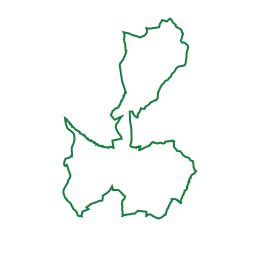 outline of Chapulco, Puebla, Mexico, rotated 345°
{"feature_id": "50627088B58837856031085", "entity_name": "Chapulco", "entity_type": "district", "adm_level": 2, "iso_a3": "MEX", "parent_name": "Mexico", "parent_adm1": "Puebla", "projection": "robinson", "projection_center": [-97.406, 18.647], "detail": "fine", "context": "isolated", "style": "outline", "palette": "green", "viewbox_px": 256, "rotation_deg": 345, "n_neighbors": 0, "source": "geoboundaries", "source_scale": "gbopen_adm2", "svg_char_len": 5907}
<svg xmlns="http://www.w3.org/2000/svg" viewBox="0 0 256 256"><g transform="rotate(345 128 128)"><path d="M196.9,33.1L193.1,35.2L189.0,32.6L185.5,35.9L184.3,38.6L179.8,38.3L178.5,38.0L174.8,37.7L171.6,36.3L171.6,38.8L170.7,41.1L168.7,42.5L167.5,43.0L163.2,43.7L160.7,41.9L156.0,39.2L154.2,37.4L148.5,34.3L148.7,36.9L148.1,39.3L147.0,41.4L146.8,45.1L147.2,45.6L145.7,52.6L146.4,53.0L146.1,53.9L145.2,55.5L144.3,56.4L143.2,58.1L142.5,58.5L142.2,59.2L140.9,60.5L140.5,61.3L139.4,61.6L138.3,63.0L137.4,63.3L136.3,64.9L134.4,81.2L135.1,93.1L134.3,92.7L133.5,94.7L132.6,95.5L132.2,95.5L132.0,96.9L131.4,97.1L131.3,97.4L130.1,98.9L129.6,99.8L128.8,99.7L128.5,99.9L128.3,101.0L127.3,101.6L126.7,102.9L126.0,103.7L124.9,104.2L124.8,104.6L123.9,105.7L120.3,106.1L119.4,107.0L117.4,107.6L116.6,109.2L115.5,110.0L115.2,110.4L114.9,111.4L115.1,111.8L117.1,116.4L118.7,116.6L120.0,116.1L123.2,115.6L123.5,115.3L124.7,115.2L123.7,115.9L119.5,120.1L117.7,121.2L116.3,124.3L116.4,125.5L117.2,130.0L117.7,131.2L118.3,132.0L118.5,133.2L119.1,134.5L119.0,135.6L118.6,136.1L118.9,136.6L109.7,136.1L108.9,142.2L109.2,143.4L108.8,143.4L106.0,141.4L103.9,142.1L103.1,141.3L99.7,140.2L99.4,139.4L98.3,139.3L98.4,138.7L96.9,138.4L96.5,138.2L96.2,137.7L95.6,137.4L95.1,137.5L95.0,136.8L94.6,136.2L93.3,136.0L93.9,135.5L92.8,134.5L92.3,134.3L92.2,134.2L92.6,133.8L92.5,133.6L92.0,133.5L91.5,133.8L91.3,133.6L91.2,133.2L91.6,133.2L91.7,132.9L90.6,132.3L90.0,131.7L89.6,131.2L89.6,130.6L89.3,130.4L88.8,131.0L88.5,131.0L86.7,128.8L86.0,128.5L86.5,127.7L85.1,126.7L84.7,125.1L84.1,124.9L84.2,124.3L84.0,123.5L83.5,123.7L83.1,123.6L82.6,122.6L82.0,122.2L81.2,121.2L80.3,121.0L80.1,120.1L80.3,119.3L80.0,118.7L79.1,118.3L78.5,117.3L76.9,116.0L76.4,114.5L75.3,113.4L74.9,112.3L74.2,112.2L74.4,111.2L73.7,110.1L73.9,109.6L72.8,109.1L72.7,108.7L73.0,107.9L72.8,107.2L71.8,106.3L71.4,105.4L71.3,104.2L69.7,102.2L69.1,107.8L69.2,110.9L69.3,112.0L69.9,113.3L73.2,117.7L73.7,118.5L74.1,119.8L74.0,122.1L73.3,125.2L72.2,127.7L69.2,131.5L68.5,132.9L67.9,134.6L67.4,138.1L66.3,141.1L65.3,140.6L65.0,141.0L63.3,141.5L60.1,141.4L58.9,142.3L58.3,143.2L56.9,146.3L57.1,146.6L56.9,147.6L57.4,148.5L59.4,147.8L60.1,159.4L58.7,161.2L56.4,163.3L55.8,165.1L51.9,168.7L50.8,170.0L49.6,171.5L48.9,173.3L48.9,175.9L49.1,176.6L49.1,179.1L50.2,180.5L50.1,181.3L50.2,181.7L50.8,182.0L51.0,182.9L53.5,186.7L53.3,187.8L54.4,192.2L56.0,194.5L56.7,196.1L56.8,199.4L58.0,200.5L58.8,200.6L60.4,201.4L60.4,200.3L61.8,198.5L61.7,197.8L62.2,197.0L68.9,196.2L67.4,193.8L71.1,192.5L72.4,191.8L78.7,191.4L81.1,190.9L84.4,191.4L85.4,189.5L86.0,186.9L89.0,185.9L89.5,186.0L93.3,184.2L96.7,181.3L97.3,180.3L97.6,180.1L97.6,181.5L97.3,183.7L98.0,183.7L98.4,184.5L100.3,184.7L102.8,185.6L104.4,188.0L105.2,189.6L107.5,193.6L105.7,196.0L104.5,196.2L104.1,196.4L103.8,196.9L103.7,197.3L103.3,197.6L103.1,198.8L102.5,199.3L102.2,202.7L101.7,203.6L101.4,204.6L101.2,206.9L100.5,209.5L100.6,210.1L100.2,210.7L100.3,211.1L100.0,211.5L100.8,211.5L102.1,211.1L103.1,211.5L104.2,211.3L108.1,211.9L108.3,211.7L109.5,212.0L111.0,212.0L112.2,212.5L112.5,212.5L114.0,211.5L116.0,210.7L116.7,210.6L117.2,211.0L123.2,213.3L124.1,213.8L122.8,217.7L123.4,217.7L124.4,217.3L124.8,216.9L125.5,216.8L127.6,217.4L129.1,219.2L129.1,219.5L130.1,220.1L131.2,221.3L133.0,222.7L134.9,223.4L135.3,223.2L137.2,223.1L139.0,222.3L139.5,222.3L140.8,221.3L141.8,221.6L144.0,217.9L144.3,217.1L145.4,216.0L145.8,216.0L146.5,215.0L146.6,214.6L147.3,214.0L147.4,213.6L148.9,212.0L151.5,209.7L151.7,207.9L153.9,208.5L155.9,209.3L156.9,210.3L156.8,210.7L157.1,211.2L157.9,211.4L158.3,212.1L158.5,213.0L158.9,213.2L159.5,214.1L160.0,215.0L159.8,212.9L160.3,211.6L161.1,210.4L162.1,209.6L162.1,209.3L163.4,207.3L164.8,206.2L164.9,205.6L165.9,204.7L166.4,203.1L166.6,203.0L167.1,203.2L168.9,202.4L169.4,201.6L169.8,199.8L170.3,199.5L171.3,198.0L172.0,197.4L172.1,196.2L172.3,196.0L173.2,195.8L172.9,195.3L173.9,193.9L174.2,193.0L175.4,192.8L175.5,191.9L176.4,191.2L177.1,190.0L178.7,189.4L179.7,189.4L180.4,188.8L181.9,188.0L182.7,187.2L181.8,186.6L181.4,185.2L181.5,184.6L181.2,182.9L181.3,182.1L181.9,179.8L182.0,176.6L181.2,176.3L179.9,175.2L179.6,174.5L179.5,173.5L178.7,172.2L177.2,171.5L175.5,170.2L173.8,167.7L173.5,165.9L172.6,164.7L172.5,164.3L171.5,163.5L171.1,163.5L169.4,162.7L169.1,162.0L169.0,161.0L168.5,160.0L167.8,159.0L167.5,157.2L168.0,157.0L168.5,153.6L169.0,153.1L168.3,152.8L168.3,152.0L167.5,151.7L167.1,151.9L166.8,151.5L166.0,151.4L164.1,151.3L163.3,151.5L161.7,150.7L160.6,151.2L160.4,151.1L160.2,151.6L159.1,152.2L158.6,152.0L158.1,152.2L156.9,151.5L156.6,151.1L155.8,150.7L153.7,150.4L153.4,150.7L152.2,150.5L149.2,148.8L149.2,148.6L148.7,148.5L148.4,148.0L146.8,148.4L146.3,149.2L145.1,149.7L145.0,149.9L144.4,150.0L144.3,150.4L144.0,150.3L143.3,150.9L142.0,150.7L138.1,151.5L137.2,151.5L136.6,151.8L134.0,152.3L133.1,152.2L135.2,148.8L133.6,148.5L133.0,149.2L131.2,148.5L130.7,149.3L125.8,146.5L125.7,145.2L127.7,142.1L128.5,140.0L131.0,129.9L131.8,122.1L133.9,112.6L136.5,113.1L136.8,115.9L137.2,117.2L138.0,118.6L139.7,120.4L140.3,119.9L140.7,118.7L140.6,117.9L142.4,116.1L143.1,115.9L143.7,114.8L144.6,114.0L145.5,112.3L146.0,112.7L148.9,113.9L149.6,113.1L149.7,112.6L150.7,111.8L151.8,111.6L155.2,110.2L156.0,109.4L156.7,109.3L156.8,109.0L159.1,108.7L159.3,108.8L161.6,108.1L161.8,108.1L162.3,108.5L162.6,108.1L164.3,106.9L166.0,101.9L170.9,95.9L172.3,94.9L174.0,94.1L176.0,92.2L178.7,91.9L180.8,90.4L182.6,89.5L184.9,86.7L187.3,85.7L190.0,82.9L191.8,81.9L193.6,81.8L198.1,82.2L199.2,81.8L200.1,80.9L202.9,74.6L203.4,73.1L203.6,71.6L204.0,70.8L204.8,69.7L205.6,67.8L206.5,66.8L206.7,65.9L207.1,65.0L207.1,64.1L205.3,61.1L204.3,60.1L203.2,59.5L202.4,59.6L201.6,57.3L203.7,54.5L204.1,53.4L205.2,51.9L205.5,50.5L204.9,50.0L205.0,47.1L203.7,45.5L202.1,44.1L200.3,42.0L200.8,40.6L199.9,39.7L198.2,36.7L198.2,35.4L197.5,33.7L196.9,33.1Z" fill="none" stroke="#15803d" stroke-width="2"/></g></svg>